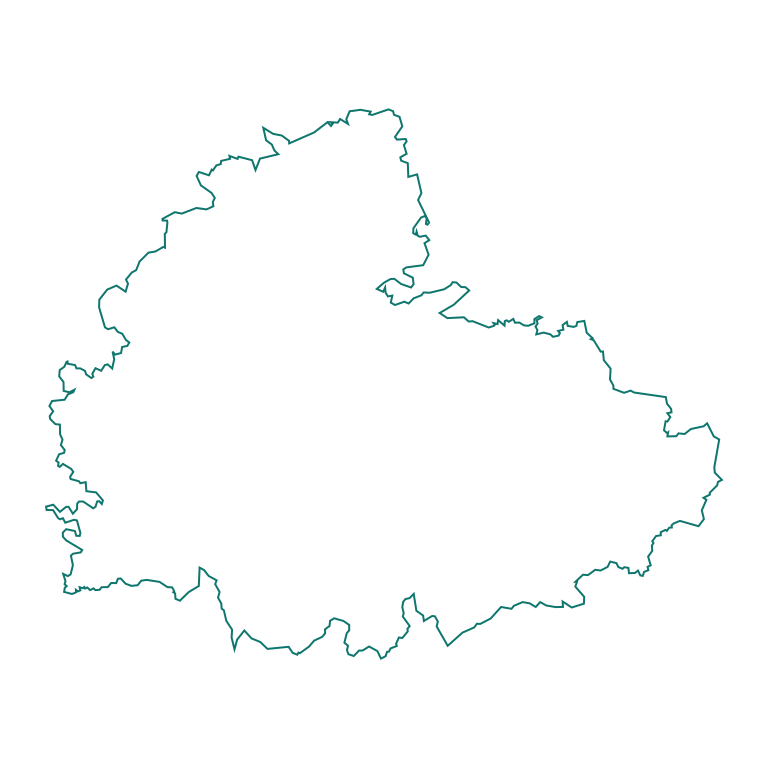 Tehuitzingo, Puebla, Mexico (Albers equal-area conic projection)
{"feature_id": "50627088B27065813570202", "entity_name": "Tehuitzingo", "entity_type": "district", "adm_level": 2, "iso_a3": "MEX", "parent_name": "Mexico", "parent_adm1": "Puebla", "projection": "albers", "projection_center": [-98.326, 18.369], "detail": "fine", "context": "isolated", "style": "outline", "palette": "teal", "viewbox_px": 768, "rotation_deg": 0, "n_neighbors": 0, "source": "geoboundaries", "source_scale": "gbopen_adm2", "svg_char_len": 6019}
<svg xmlns="http://www.w3.org/2000/svg" viewBox="0 0 768 768"><path d="M370.6,111.6L360.4,109.8L349.6,111.3L346.3,119.3L348.0,123.9L340.1,119.0L337.8,122.6L330.6,122.2L332.7,123.7L331.0,126.0L327.5,122.2L314.0,132.5L289.2,143.4L289.0,140.8L281.7,135.5L273.2,133.9L263.3,127.8L266.1,140.3L271.8,144.5L274.4,150.5L278.3,154.2L260.0,158.6L255.5,170.0L252.1,160.2L238.5,156.7L237.6,158.9L229.4,155.9L230.1,158.8L221.2,160.9L220.7,164.1L216.4,165.4L212.9,170.4L211.7,169.6L209.0,175.3L198.9,172.0L196.6,175.9L200.9,185.4L211.6,193.0L214.8,198.0L212.8,202.1L213.4,206.2L206.5,209.4L196.3,208.0L181.8,213.6L174.8,212.2L162.4,218.9L162.6,220.5L167.1,220.6L167.4,222.9L166.4,232.3L164.8,233.9L165.0,247.7L163.3,246.9L155.4,251.5L148.5,252.6L139.6,261.5L136.2,270.1L131.8,272.5L126.0,279.6L128.0,283.6L125.6,291.7L116.5,285.6L107.2,289.6L99.3,299.7L99.1,307.5L105.0,327.4L108.0,329.2L114.4,327.3L117.7,331.8L122.3,333.8L125.9,339.9L129.3,342.5L127.3,345.9L122.1,347.0L121.1,353.0L115.1,354.6L112.6,351.6L114.2,359.2L112.2,368.5L107.7,364.4L104.8,365.1L101.2,370.8L95.5,368.2L92.3,373.8L93.3,376.7L91.3,378.0L86.2,374.4L85.0,370.9L80.3,368.4L76.5,368.4L75.1,365.1L67.8,363.7L67.5,361.5L66.5,362.0L64.4,366.7L59.7,370.1L59.2,376.4L63.5,382.0L63.7,390.9L69.4,392.3L74.4,389.7L73.3,392.2L67.9,394.4L64.7,399.7L52.1,401.0L49.4,406.0L53.2,411.3L49.7,416.1L50.1,418.9L55.4,424.1L59.9,424.6L60.1,434.4L62.5,439.7L60.9,445.1L64.7,450.0L64.1,452.8L59.1,454.3L56.1,460.7L58.6,462.6L58.1,465.9L59.8,466.9L62.9,463.9L71.2,468.9L73.3,471.9L70.1,476.8L70.6,479.0L79.0,481.3L80.3,483.2L85.7,482.2L86.4,491.2L96.1,492.4L102.9,500.4L101.8,504.0L99.2,501.2L97.2,501.4L95.5,506.8L93.2,508.3L83.1,501.5L79.0,501.5L77.2,503.7L77.0,509.2L72.9,513.7L68.5,506.8L66.0,506.9L60.0,511.9L53.2,504.7L46.1,506.6L46.6,510.0L53.1,510.1L58.1,518.1L60.1,519.3L62.9,518.2L65.3,522.7L74.0,519.8L76.9,520.4L80.4,533.0L79.7,535.9L76.3,535.8L74.9,531.0L66.2,529.2L62.8,532.6L62.9,536.7L66.2,540.4L82.2,550.0L80.7,552.4L73.1,553.7L70.9,555.6L72.9,565.2L70.6,574.4L67.8,576.1L63.2,573.9L65.5,581.3L64.6,584.2L66.7,586.1L64.8,587.7L64.1,591.9L72.0,594.0L76.1,592.3L75.9,589.8L78.0,591.4L80.4,590.3L79.6,587.2L82.9,588.2L84.3,587.0L85.1,588.5L87.3,587.5L90.1,590.1L93.6,588.4L95.4,590.1L99.6,589.8L101.6,587.2L107.8,587.1L111.2,583.0L116.2,583.1L117.9,578.8L120.6,578.4L125.6,583.7L131.5,585.9L137.7,585.2L141.2,580.7L146.8,579.9L159.6,581.9L167.4,587.1L172.2,587.4L174.2,591.2L173.3,592.2L175.1,593.3L175.5,598.8L179.9,600.7L188.8,592.0L198.8,586.0L199.6,567.6L204.0,570.0L208.7,576.0L216.6,580.3L215.2,584.2L219.6,592.0L218.0,597.6L221.3,603.6L221.6,608.5L223.9,610.4L226.3,620.8L232.1,629.7L231.6,637.6L234.5,649.3L237.1,639.7L244.3,630.5L251.5,638.4L260.3,642.0L267.5,648.9L288.6,646.8L292.6,652.8L297.3,654.7L298.4,652.6L299.9,653.2L309.0,646.6L314.1,640.7L322.1,636.9L325.1,633.4L325.1,629.2L329.5,626.1L330.1,620.8L334.1,618.3L343.3,620.9L349.2,624.9L349.2,630.4L346.8,633.1L344.4,642.7L348.0,645.7L347.0,650.2L348.4,654.2L353.8,656.0L359.1,650.5L362.6,650.5L369.1,646.5L377.4,651.1L381.0,658.6L385.6,656.2L387.0,651.9L388.9,651.6L390.6,648.4L396.8,646.0L396.1,643.8L398.9,637.5L402.3,638.0L407.7,631.5L407.5,628.7L409.7,626.1L402.8,616.5L403.7,613.2L402.3,607.2L403.2,601.8L405.4,599.1L409.6,598.1L413.7,593.9L416.4,610.8L423.1,615.5L423.9,621.0L432.1,616.0L434.9,616.3L437.8,621.5L436.7,626.5L447.7,645.8L462.5,632.6L474.3,627.4L476.8,623.8L480.3,623.9L490.7,618.5L501.1,607.0L511.5,608.8L513.9,605.8L522.6,602.1L529.6,603.3L535.7,607.0L540.2,602.1L546.3,605.5L555.7,607.1L563.0,606.9L562.6,601.5L571.7,607.5L583.9,603.7L584.2,596.8L575.3,586.6L577.0,581.8L575.4,581.8L583.0,574.7L588.0,575.1L595.2,569.8L600.6,570.5L607.6,566.9L610.2,561.6L616.4,563.1L618.3,567.0L622.5,568.8L624.3,567.2L628.4,567.9L629.0,573.2L634.9,573.0L638.0,570.6L640.3,575.4L642.8,575.9L644.1,571.9L648.4,570.2L647.6,566.8L650.7,565.3L648.1,556.6L652.2,551.0L651.9,545.5L653.5,543.0L652.3,541.2L656.1,536.0L660.8,535.3L660.7,532.2L665.5,529.9L666.8,530.9L669.2,527.7L671.8,527.5L671.6,525.3L673.8,523.4L679.9,520.9L698.5,526.2L703.9,519.1L701.8,510.3L706.4,499.8L703.5,497.8L709.9,494.6L709.7,492.8L717.2,485.3L717.9,482.0L721.9,479.9L714.8,472.6L714.3,467.3L719.2,439.5L713.8,436.4L707.1,423.3L703.6,426.3L690.9,429.0L684.6,434.0L678.5,433.4L676.3,436.2L667.4,436.4L668.1,432.3L667.1,433.1L664.0,430.3L665.6,421.3L667.5,421.5L670.3,417.1L667.4,413.2L671.5,412.3L671.1,408.9L667.0,403.7L665.8,397.1L634.0,392.5L630.7,390.6L624.1,392.8L613.4,388.8L613.4,385.6L610.0,379.5L610.6,368.6L603.8,360.2L603.0,351.5L600.7,351.6L593.8,340.4L590.9,339.1L592.6,338.2L586.7,332.7L584.3,320.9L577.3,322.1L576.4,325.9L573.7,326.9L567.7,325.9L566.9,321.9L562.6,325.1L563.4,329.6L558.1,331.0L559.9,333.1L558.6,335.6L553.0,336.8L550.3,334.3L543.6,332.6L536.3,334.4L537.4,330.0L535.5,326.5L537.6,323.6L536.7,320.2L541.8,317.4L539.0,316.1L534.4,319.1L534.4,323.3L528.2,325.8L523.7,325.3L519.5,322.6L515.0,322.7L513.3,318.9L508.8,321.8L506.6,320.3L504.8,321.1L504.5,325.6L498.1,320.1L497.5,324.1L493.5,323.1L494.7,324.9L493.8,325.9L488.7,327.5L472.6,321.2L468.7,321.5L463.9,317.3L447.4,318.1L439.6,313.0L453.8,304.7L469.2,290.5L465.5,287.2L461.2,287.0L456.4,282.5L452.6,282.2L450.8,285.1L444.1,289.3L429.9,292.7L423.6,292.5L421.4,295.3L413.7,298.3L408.6,303.5L404.3,301.7L395.0,305.0L390.8,302.6L392.3,295.6L387.9,296.4L385.6,292.7L385.1,287.5L383.2,291.8L376.8,288.9L384.0,282.7L390.4,279.1L394.3,278.8L401.1,284.0L411.1,287.5L413.6,284.2L412.8,277.7L403.9,273.3L403.3,269.4L406.4,267.4L423.2,265.2L428.6,254.7L424.5,243.2L429.3,240.1L425.7,235.6L419.7,236.8L417.7,235.6L416.6,231.5L415.8,234.6L413.2,233.2L413.4,228.3L421.1,217.5L424.6,216.1L426.7,218.0L425.9,223.9L427.5,224.7L429.1,222.6L418.1,200.0L421.4,193.1L417.1,174.4L408.3,176.9L407.8,163.2L401.2,160.7L400.7,158.8L400.3,157.3L406.6,153.8L403.9,145.1L406.6,141.4L405.7,139.0L396.9,139.6L395.0,137.0L402.3,126.3L399.5,116.8L394.0,114.8L393.1,111.2L388.5,109.4L372.3,114.9L369.2,114.3L370.6,111.6Z" fill="none" stroke="#0f766e" stroke-width="2"/></svg>